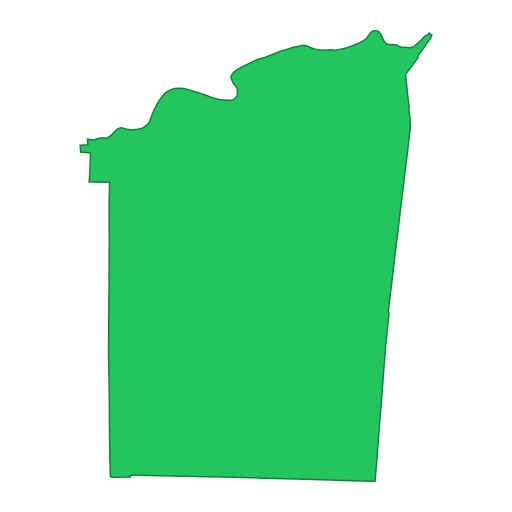 Cosambesti, Ialomita, Romania
{"feature_id": "2599482B78625635901926", "entity_name": "Cosambesti", "entity_type": "district", "adm_level": 2, "iso_a3": "ROU", "parent_name": "Romania", "parent_adm1": "Ialomita", "projection": "orthographic", "projection_center": [27.459, 44.535], "detail": "fine", "context": "isolated", "style": "filled", "palette": "green", "viewbox_px": 512, "rotation_deg": 0, "n_neighbors": 0, "source": "geoboundaries", "source_scale": "gbopen_adm2", "svg_char_len": 3527}
<svg xmlns="http://www.w3.org/2000/svg" viewBox="0 0 512 512"><path d="M231.5,75.3L231.1,76.0L230.8,76.6L231.2,78.7L231.7,79.8L233.2,83.1L234.3,84.7L235.5,85.8L237.3,88.5L237.4,92.0L237.5,93.5L237.0,95.8L236.4,97.0L234.2,99.0L232.8,99.9L231.5,100.2L229.2,100.3L226.5,100.1L223.9,100.0L221.5,99.7L219.1,99.5L214.8,98.5L210.5,97.0L206.2,95.4L198.1,92.5L193.7,91.4L191.0,90.5L186.3,89.1L182.5,88.4L179.3,88.3L175.4,88.4L172.7,89.1L169.7,90.3L167.1,91.7L165.6,92.8L163.9,94.4L161.4,97.5L158.9,101.0L154.7,108.7L152.3,114.0L149.4,122.0L148.5,123.2L147.0,124.8L144.9,126.5L143.0,127.8L140.4,128.7L137.9,129.3L136.3,129.5L130.9,129.8L126.4,129.2L121.3,127.7L118.7,128.4L116.8,129.6L116.1,130.3L114.0,132.3L111.6,134.8L108.7,137.1L106.8,138.0L105.0,138.3L103.3,137.9L101.1,137.9L97.1,138.8L95.7,139.3L94.3,139.8L93.0,140.0L91.7,139.8L87.5,139.1L87.9,144.9L80.1,145.3L80.7,152.1L90.5,152.9L89.9,171.2L89.1,181.9L102.6,182.2L109.5,182.1L109.4,190.7L109.2,197.6L109.2,198.4L109.2,206.6L109.2,209.6L109.2,216.2L109.1,225.0L109.3,235.0L109.3,244.3L109.2,249.1L109.2,254.4L109.2,262.9L109.2,266.2L109.0,275.0L109.1,286.8L108.9,296.1L108.9,299.9L108.9,311.6L108.7,316.2L108.7,338.0L108.6,341.3L108.6,342.2L108.5,352.8L108.7,362.3L109.3,399.3L109.4,408.8L109.4,423.0L109.6,435.0L109.7,447.9L109.9,461.9L110.1,462.9L110.2,467.4L110.2,471.4L110.3,476.1L110.6,476.6L111.4,477.2L112.1,477.3L130.3,477.0L130.8,475.7L131.5,475.1L135.7,475.1L142.1,475.3L146.0,475.4L154.3,475.6L161.5,475.8L167.3,475.9L180.1,476.2L195.3,476.5L200.8,476.7L210.0,476.8L215.7,476.9L258.5,477.9L258.7,478.1L279.5,478.6L289.8,478.9L295.8,479.0L302.3,479.2L308.0,479.3L309.8,479.4L319.4,479.7L327.8,479.9L334.0,480.1L335.0,480.2L359.6,480.9L367.1,481.1L369.3,481.1L374.8,481.3L375.1,481.3L375.1,480.9L375.9,471.4L376.3,466.2L377.5,451.5L377.5,451.1L378.3,440.8L379.0,430.9L379.4,426.3L379.7,421.7L380.8,408.9L383.2,377.3L385.7,345.7L385.7,345.3L387.1,331.6L387.9,324.4L389.0,313.1L388.6,312.5L388.2,311.9L391.4,285.7L394.5,259.3L395.0,254.8L397.3,235.8L397.7,233.0L399.2,220.6L402.5,192.9L403.7,183.1L404.7,174.8L406.0,164.0L406.7,158.5L407.3,153.5L407.6,151.0L409.0,139.0L410.5,126.0L410.3,123.1L410.1,120.2L410.1,119.3L409.8,116.5L408.8,110.0L408.7,107.8L409.2,107.1L408.5,101.9L408.1,98.9L405.8,76.9L405.6,76.5L405.6,75.5L405.6,74.9L405.7,74.5L406.1,73.7L412.1,65.7L418.1,57.6L417.7,56.2L420.5,52.4L422.8,49.2L427.5,42.6L430.5,38.3L431.9,35.2L430.5,34.1L429.1,33.0L428.9,33.7L428.2,34.4L427.3,35.0L425.8,35.7L424.8,36.3L423.3,37.7L422.2,39.0L420.9,40.4L419.7,41.5L418.4,42.7L417.1,43.8L414.4,46.1L412.4,47.1L410.4,47.7L408.5,47.7L406.2,47.4L404.0,47.2L402.6,47.3L401.1,47.1L399.5,46.5L398.0,45.8L396.7,44.9L395.2,44.8L393.1,44.6L391.0,44.7L389.0,44.5L387.3,44.1L386.2,43.5L385.0,42.3L383.7,40.6L383.1,39.5L382.2,37.5L381.3,35.2L380.3,33.6L379.5,32.6L378.6,31.6L377.8,31.1L376.9,30.8L376.2,30.7L375.3,30.8L373.9,30.9L372.6,31.2L371.1,32.2L369.8,33.7L368.2,36.1L366.8,38.1L363.9,40.5L359.4,42.9L354.4,45.1L350.0,46.6L345.3,48.2L341.7,49.0L339.2,49.5L335.5,50.3L334.7,50.2L331.5,49.8L329.3,49.9L324.6,50.1L321.7,50.1L318.1,49.9L315.3,49.2L311.2,47.9L307.7,46.3L304.9,45.4L303.1,45.3L301.1,45.6L299.0,46.3L296.0,46.8L293.2,47.3L289.4,48.5L287.0,49.4L283.7,50.3L279.5,51.6L277.0,52.6L274.0,53.8L271.3,54.9L267.4,56.4L265.5,57.3L262.0,58.2L259.5,58.8L256.7,59.8L254.1,61.0L250.4,62.8L247.4,64.4L242.9,66.4L240.0,68.0L238.1,69.2L236.3,70.3L233.6,72.4L233.0,73.2L232.8,73.4L232.7,73.5L232.0,74.6L231.6,75.2L231.5,75.3Z" fill="#22c55e" stroke="#15803d" stroke-width="1.5"/></svg>